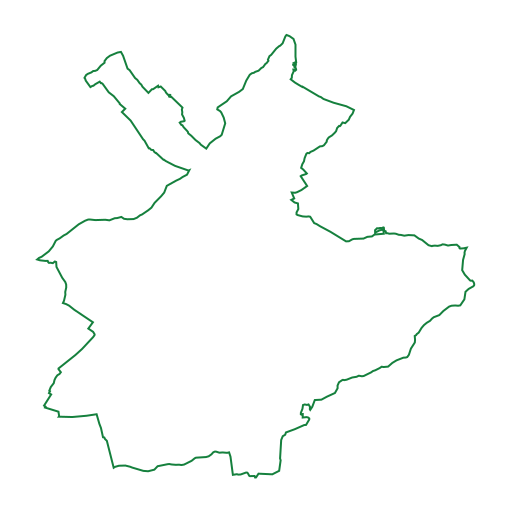 Pungesti, Vaslui, Romania (orthographic projection), rotated 91°
{"feature_id": "2599482B34424571679317", "entity_name": "Pungesti", "entity_type": "district", "adm_level": 2, "iso_a3": "ROU", "parent_name": "Romania", "parent_adm1": "Vaslui", "projection": "orthographic", "projection_center": [27.364, 46.71], "detail": "fine", "context": "isolated", "style": "outline", "palette": "green", "viewbox_px": 512, "rotation_deg": 91, "n_neighbors": 0, "source": "geoboundaries", "source_scale": "gbopen_adm2", "svg_char_len": 6003}
<svg xmlns="http://www.w3.org/2000/svg" viewBox="0 0 512 512"><g transform="rotate(91 256 256)"><path d="M263.3,474.7L264.1,471.8L264.6,466.4L264.5,464.2L265.9,463.6L266.5,462.9L266.3,461.4L266.7,459.0L265.0,457.0L265.5,455.7L270.4,455.3L281.1,449.4L285.4,446.2L287.9,445.3L290.8,445.2L295.3,446.1L298.1,445.9L304.1,447.2L306.4,448.2L307.4,445.0L308.9,442.0L312.9,436.8L325.1,417.9L331.5,422.4L334.7,417.5L337.1,416.0L338.0,416.1L339.9,417.4L352.1,428.4L358.2,434.9L371.9,451.5L372.6,451.5L375.6,449.1L377.4,450.4L378.7,452.5L381.1,454.2L383.5,455.3L386.7,456.0L390.6,458.9L394.3,460.3L394.8,459.6L396.7,460.6L398.0,458.4L409.3,465.3L410.3,463.8L411.2,464.3L415.1,450.8L419.7,450.0L420.1,450.3L420.2,436.9L418.7,422.7L417.0,412.6L426.5,409.7L430.7,408.0L439.9,405.8L440.1,404.5L441.6,403.8L443.4,401.9L470.2,394.6L469.3,393.3L468.1,389.4L467.8,383.0L468.9,378.2L469.7,376.1L472.8,364.9L473.1,360.1L471.4,353.9L467.9,350.7L465.7,340.7L465.5,339.1L465.9,336.9L466.2,332.5L466.0,329.3L466.3,326.9L465.8,324.3L461.9,316.8L459.3,313.7L458.7,312.5L457.9,302.5L457.1,299.8L455.1,297.1L453.0,295.3L452.3,293.8L452.3,292.5L453.3,289.2L453.0,286.0L453.3,281.4L452.8,279.5L457.1,278.0L475.2,275.3L474.5,271.3L474.9,269.9L474.7,267.5L472.7,262.2L472.7,261.1L473.3,260.4L475.9,258.9L476.2,258.2L476.0,253.6L477.5,253.0L477.4,252.1L473.6,249.7L474.0,235.9L470.4,229.1L459.8,227.8L458.0,228.4L439.5,227.6L435.7,226.1L434.2,223.7L431.9,223.0L428.5,214.2L424.2,204.9L424.0,203.0L418.5,199.9L417.5,199.9L416.6,201.0L416.2,202.6L416.7,206.5L413.2,206.5L413.3,207.3L413.8,207.8L413.5,208.4L412.0,208.4L408.0,206.9L404.2,206.4L403.6,204.7L404.0,202.4L403.5,200.9L405.8,199.4L408.3,199.5L408.9,199.1L405.8,197.1L399.0,194.7L398.5,188.1L395.4,182.6L391.6,174.7L386.8,172.1L384.1,172.2L380.8,170.8L378.7,167.8L378.3,166.9L378.6,165.7L378.1,163.2L375.8,157.7L375.0,153.3L373.9,151.1L374.4,148.0L374.1,146.2L370.3,138.8L369.0,137.1L368.2,134.8L365.9,130.4L364.5,128.4L364.8,126.6L364.3,122.0L360.5,117.8L357.9,113.7L355.1,106.9L354.9,104.4L354.4,103.0L352.1,101.4L345.9,99.5L339.7,95.7L337.1,95.5L333.2,95.9L332.3,94.5L331.3,93.9L329.8,92.0L325.0,89.2L322.2,86.9L319.8,84.1L317.8,80.9L315.5,78.9L314.1,77.2L311.9,71.7L307.7,67.7L303.2,62.0L302.3,59.6L302.0,56.0L302.2,53.0L301.8,50.9L295.7,46.9L288.1,45.9L285.2,42.8L282.5,38.2L281.5,37.4L280.3,37.3L278.6,37.8L276.8,39.3L277.0,40.6L276.7,41.5L271.0,46.9L266.6,49.6L256.3,48.9L250.4,47.4L249.2,47.6L247.3,47.2L244.0,45.5L244.7,48.6L245.0,52.1L244.3,52.8L243.5,52.7L241.2,55.5L241.6,61.0L242.2,64.2L241.3,67.4L241.1,69.7L242.0,71.4L242.7,74.5L242.5,77.3L242.8,79.7L243.1,80.3L242.2,83.7L237.1,90.2L235.7,93.6L232.6,98.0L232.4,103.9L233.1,108.1L232.4,111.5L232.3,113.6L231.3,116.6L231.1,118.5L231.4,123.1L230.9,125.1L231.0,126.3L229.0,126.8L228.5,128.3L225.4,128.7L225.2,129.3L225.9,130.5L225.8,132.3L226.3,134.7L226.1,135.4L228.1,137.4L230.5,137.3L228.2,132.9L227.7,131.0L227.7,129.8L228.4,129.0L231.5,128.6L232.5,137.9L234.4,140.4L234.9,145.0L236.7,148.8L237.2,158.3L237.6,159.9L239.6,163.3L239.8,166.2L230.5,182.0L225.1,192.5L223.0,196.0L222.1,198.4L215.8,202.5L215.5,204.0L215.8,206.4L215.6,210.1L214.3,215.2L213.7,216.2L211.7,216.2L208.3,214.5L202.7,215.0L201.8,218.4L199.3,221.7L197.8,218.8L191.9,221.4L192.1,218.0L191.5,216.1L189.3,211.8L185.1,206.1L175.4,212.7L174.7,211.8L173.1,207.2L172.6,206.6L168.7,210.3L167.1,212.4L163.4,211.3L160.5,209.7L157.3,209.1L152.9,207.4L152.1,206.4L152.3,204.6L151.0,203.4L149.6,200.3L145.3,194.0L145.0,191.6L144.1,190.0L140.5,187.3L139.1,187.2L137.2,186.1L136.1,185.2L134.1,182.1L131.3,179.3L129.8,178.1L126.6,177.1L124.5,175.2L124.7,174.4L124.4,174.0L121.0,171.8L121.6,169.1L118.1,165.6L115.2,164.4L111.9,161.9L108.3,160.6L104.7,168.3L101.4,181.1L97.8,191.3L95.9,194.0L95.4,195.7L85.9,212.4L86.2,212.6L84.2,216.2L81.9,220.1L78.7,224.4L77.2,223.3L74.5,223.2L70.6,221.5L68.9,221.9L68.9,221.3L70.0,220.6L70.1,220.1L69.1,219.1L67.5,219.5L66.4,220.9L65.8,221.0L65.6,220.8L66.0,220.1L65.5,220.1L64.3,222.2L64.0,222.2L64.1,221.7L65.3,219.8L63.5,219.4L62.2,221.3L61.9,220.7L62.5,220.0L61.8,219.2L56.0,220.0L44.0,220.2L38.3,222.3L35.6,226.3L34.5,229.4L36.0,230.5L42.9,233.1L45.4,235.6L45.6,236.3L48.3,239.4L54.6,244.3L55.9,246.0L59.5,247.5L60.6,247.0L63.1,248.9L63.7,249.9L67.0,252.2L67.9,253.9L70.7,256.7L71.9,260.0L72.8,261.2L73.4,263.4L74.9,265.4L80.8,268.8L89.3,272.1L92.2,275.8L96.8,283.7L101.8,287.9L108.1,296.9L110.1,297.3L111.7,294.5L113.0,293.3L118.2,290.7L123.9,289.1L135.4,292.4L136.9,293.9L139.4,298.4L144.2,304.2L149.5,307.6L145.6,313.2L144.1,314.4L141.1,318.5L136.9,322.8L134.5,325.9L133.2,326.2L132.1,327.1L128.5,330.6L126.5,331.9L126.3,332.9L124.0,334.6L123.1,333.5L122.5,330.3L122.0,329.7L119.2,330.5L115.8,332.4L113.5,332.2L110.8,332.7L108.9,332.1L97.9,343.9L97.6,344.3L98.4,344.6L98.2,345.6L97.3,345.9L96.4,345.2L96.3,346.9L94.1,348.9L92.6,349.6L88.2,354.2L89.0,356.5L87.5,356.9L91.0,361.8L91.1,363.0L94.8,366.4L88.7,372.5L86.6,373.7L85.3,375.3L81.9,377.8L80.2,380.0L72.4,385.6L70.9,387.7L58.1,392.4L54.3,394.6L55.0,398.0L58.3,405.5L60.7,408.6L63.7,410.8L65.4,410.8L68.4,414.5L72.8,418.0L73.7,420.0L73.9,422.0L75.3,423.8L76.8,427.3L78.0,429.0L80.9,430.6L82.0,429.8L83.6,429.3L90.0,424.5L88.8,422.6L88.6,421.5L87.1,419.8L84.4,415.3L85.9,414.1L85.8,413.4L86.6,412.3L94.9,406.1L98.7,401.0L105.8,394.9L106.4,394.9L111.0,389.3L114.4,392.6L122.8,383.7L141.3,370.9L142.6,369.5L150.2,365.1L150.1,364.3L151.7,362.6L151.9,360.6L153.6,359.6L154.8,358.1L154.7,357.7L161.4,350.2L161.3,349.8L162.7,347.8L167.3,338.5L171.5,325.7L171.7,324.9L171.4,324.2L175.9,326.4L178.3,330.8L180.2,333.4L182.0,337.1L187.4,346.4L194.2,348.9L197.9,351.9L204.6,358.3L209.5,361.4L212.1,364.5L216.5,370.7L217.3,372.6L219.8,375.7L221.2,379.0L221.5,385.1L221.1,388.6L219.3,391.3L220.5,395.5L220.7,397.9L222.9,403.2L222.4,407.3L222.9,417.3L222.4,422.8L222.5,424.5L223.7,427.5L227.4,433.8L237.3,445.8L238.8,448.6L241.8,452.6L243.4,455.5L244.3,456.5L250.0,459.3L255.0,463.3L260.5,470.3L261.7,472.9L263.3,474.7Z" fill="none" stroke="#15803d" stroke-width="2"/></g></svg>